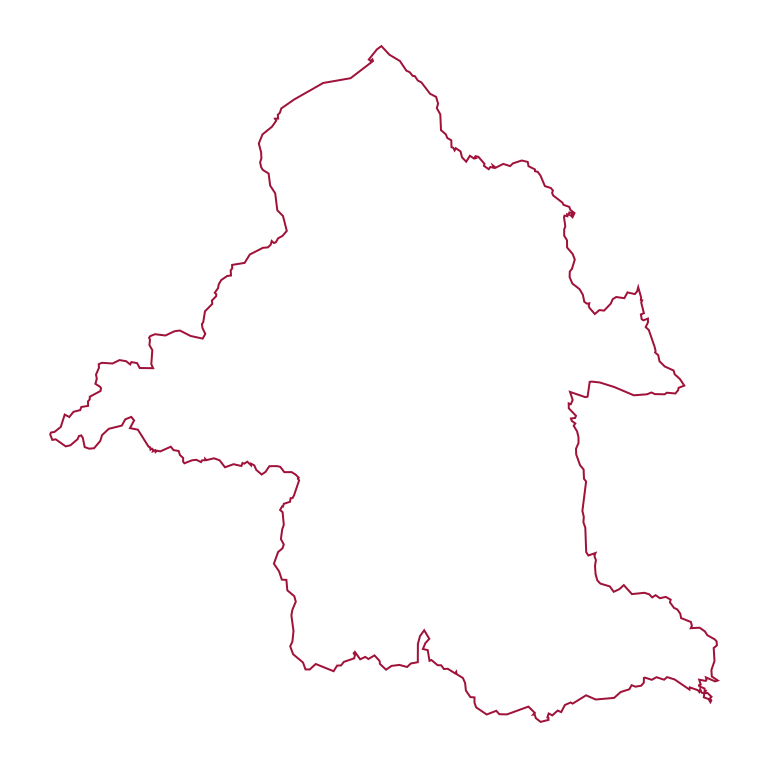 the district of Targu Lapus, Maramures, Romania
{"feature_id": "2599482B38967406651067", "entity_name": "Targu Lapus", "entity_type": "district", "adm_level": 2, "iso_a3": "ROU", "parent_name": "Romania", "parent_adm1": "Maramures", "projection": "albers", "projection_center": [23.875, 47.456], "detail": "fine", "context": "isolated", "style": "outline", "palette": "rose", "viewbox_px": 768, "rotation_deg": 0, "n_neighbors": 0, "source": "geoboundaries", "source_scale": "gbopen_adm2", "svg_char_len": 6079}
<svg xmlns="http://www.w3.org/2000/svg" viewBox="0 0 768 768"><path d="M711.8,676.5L711.4,670.0L714.5,661.0L713.7,648.0L716.9,645.4L716.6,641.4L714.8,639.4L707.3,635.2L704.9,631.4L699.6,627.7L690.8,628.2L691.9,625.7L690.9,622.0L681.1,618.1L680.3,613.8L677.3,609.4L674.0,607.9L669.9,602.3L670.7,599.7L665.8,596.9L659.9,598.2L655.6,595.2L652.2,597.4L649.2,594.3L644.4,592.8L631.9,594.1L623.8,585.1L619.3,589.2L613.7,591.8L609.8,586.4L600.4,583.6L597.4,580.5L595.6,574.4L595.0,565.9L595.9,560.1L594.4,555.9L595.5,553.0L588.4,555.5L586.2,552.2L585.3,527.6L583.4,522.3L583.8,516.9L582.4,510.9L586.1,481.5L584.0,478.8L583.6,469.4L580.1,465.3L576.2,454.4L576.0,448.7L578.5,443.0L578.5,437.4L577.1,431.4L573.7,425.8L575.3,423.5L571.8,420.9L570.9,418.5L575.1,418.0L576.0,415.8L568.8,408.3L568.7,403.4L570.8,404.2L572.7,400.0L570.0,391.9L585.5,397.2L587.6,396.6L589.7,381.9L591.7,381.6L599.9,382.5L614.2,387.0L633.8,395.3L646.9,394.3L651.5,392.5L654.9,394.1L664.7,394.3L666.9,392.7L675.3,393.5L678.0,390.4L678.7,387.8L684.3,385.6L679.9,379.0L674.7,374.3L673.6,370.5L664.8,366.5L659.5,361.3L658.2,355.1L655.1,352.5L655.6,350.9L654.5,346.5L648.8,330.0L645.7,327.1L648.0,322.3L647.9,318.6L643.5,320.3L641.7,319.2L640.9,314.4L643.9,313.2L641.2,302.5L642.2,300.4L640.9,300.1L641.2,297.6L638.2,287.2L637.1,291.4L634.8,294.1L627.5,292.4L624.3,298.2L616.2,297.0L612.7,299.2L610.8,303.6L604.1,310.6L599.4,310.1L594.8,314.0L589.4,307.8L588.7,305.9L589.3,303.3L587.0,303.7L584.3,301.8L582.9,294.9L579.6,289.2L572.3,283.5L569.6,277.0L569.8,271.6L572.0,268.7L574.8,259.5L572.7,254.1L567.1,247.5L567.0,240.3L564.2,235.7L564.2,229.3L565.3,226.4L564.0,217.2L564.5,215.6L567.3,216.2L567.1,214.3L568.7,214.8L569.3,212.5L572.8,213.3L570.7,215.4L572.5,217.2L574.5,213.1L570.4,209.9L569.3,206.9L563.5,204.8L562.4,202.6L553.2,195.5L552.1,193.0L552.9,190.5L550.8,188.0L544.9,186.1L540.5,175.6L537.7,171.8L535.0,171.2L534.9,169.4L528.5,166.2L527.7,161.9L521.7,160.5L512.9,163.4L510.1,166.1L503.3,163.9L495.7,167.7L492.9,165.5L493.8,167.8L490.3,167.0L488.7,169.2L483.9,165.8L484.5,163.9L478.4,156.8L475.5,156.2L474.9,157.2L475.9,158.1L474.1,158.6L469.9,155.8L466.2,161.7L462.0,157.3L460.5,151.4L455.8,148.2L454.6,150.4L453.3,147.8L451.5,147.2L451.3,140.3L447.3,138.0L445.9,134.4L441.0,130.2L440.3,114.4L436.8,108.1L438.1,103.7L436.1,96.9L430.1,93.8L421.4,82.4L417.8,80.5L414.8,76.1L412.7,75.9L409.7,72.2L406.3,70.6L399.9,61.0L389.5,54.8L381.4,46.1L376.9,49.4L368.8,59.5L370.7,61.0L372.4,59.4L373.0,61.0L350.6,78.2L323.1,83.0L294.3,99.4L281.3,108.4L279.9,112.7L277.8,114.9L278.1,118.6L275.0,118.7L276.2,120.7L272.0,126.7L262.5,134.4L258.8,143.5L261.1,152.3L261.4,158.3L260.1,162.4L261.2,167.3L262.9,170.0L268.6,173.5L270.2,185.6L275.2,193.3L277.3,210.3L283.0,216.0L286.8,230.9L282.5,235.9L278.1,238.3L275.9,242.2L273.8,243.0L271.7,241.0L270.7,244.7L267.8,247.4L262.9,247.8L249.8,254.5L244.6,262.9L232.1,264.9L232.2,268.4L230.7,270.3L231.0,275.5L227.1,276.0L221.2,280.1L218.7,284.4L218.1,288.1L214.8,292.7L216.3,294.3L216.1,296.3L211.9,300.5L212.3,303.9L205.0,311.3L203.2,322.3L201.9,324.1L202.5,328.1L205.3,333.9L202.7,338.6L190.7,336.0L179.8,330.5L174.4,331.3L165.4,335.5L155.0,334.2L150.3,336.1L149.1,337.7L150.0,339.9L149.4,345.0L152.3,350.1L151.3,364.2L153.1,368.2L139.7,368.0L137.1,363.1L131.4,362.1L130.1,364.4L126.1,361.2L119.5,360.1L112.5,363.5L101.8,362.8L98.7,364.2L99.0,367.7L96.0,374.6L96.8,378.7L95.4,383.8L100.1,386.8L101.0,388.3L100.5,391.0L89.8,396.7L89.7,399.4L88.0,401.4L88.1,405.9L81.3,407.0L80.2,410.1L73.5,411.8L69.3,417.0L64.7,414.6L60.8,426.9L54.4,432.0L51.0,432.5L50.2,434.3L52.3,439.9L55.7,439.3L65.7,446.4L70.4,445.3L77.6,439.2L78.9,436.1L81.2,435.4L82.8,437.9L84.7,447.1L89.2,448.7L94.1,448.2L100.3,440.9L102.0,435.2L108.8,428.8L121.8,425.6L125.3,419.3L131.3,416.9L134.1,420.4L130.0,428.1L137.9,429.7L148.5,446.6L150.0,447.2L150.5,449.6L151.9,448.6L153.3,449.9L152.9,451.3L155.3,450.2L155.6,452.0L157.1,450.7L160.3,451.4L170.8,446.7L173.5,450.1L178.7,451.0L179.9,455.0L183.2,458.0L183.1,461.6L184.4,463.3L192.0,460.3L196.4,459.8L201.0,462.1L202.0,460.4L205.3,460.2L205.2,458.9L206.5,460.1L214.0,458.3L219.6,460.3L225.0,467.3L233.5,464.2L241.4,466.0L242.5,463.0L244.2,463.7L247.3,461.7L251.0,465.3L251.1,463.7L254.3,465.4L256.2,469.8L261.6,474.5L265.3,472.1L269.4,466.2L277.2,466.1L280.3,466.9L284.3,472.1L291.6,472.1L295.5,474.5L298.7,477.7L297.9,478.8L299.1,480.4L294.0,495.4L292.5,498.1L290.6,498.2L290.0,501.8L283.8,503.8L283.0,506.6L282.1,506.4L280.1,510.0L282.6,512.2L283.8,524.9L282.2,529.4L280.9,539.1L283.8,544.4L282.5,548.3L278.1,552.0L273.9,563.7L279.1,571.4L281.8,579.6L286.4,579.9L287.3,590.3L294.3,596.2L295.8,601.7L292.4,609.7L291.4,615.4L293.5,631.0L292.4,641.6L290.2,646.3L293.1,654.2L303.0,662.5L305.5,669.4L309.7,669.5L315.7,664.0L333.6,671.2L337.1,665.6L341.1,665.4L343.8,661.9L354.2,658.3L354.9,655.2L353.7,653.2L354.9,651.9L360.2,659.3L365.3,656.9L368.4,659.0L374.5,655.4L379.6,661.0L379.9,663.9L386.1,669.7L391.5,665.9L399.4,664.9L407.1,667.0L410.8,663.5L417.8,662.2L417.9,644.0L420.0,636.1L424.2,630.3L429.3,638.8L425.4,643.1L422.9,649.0L427.7,650.1L429.5,660.8L431.4,660.0L437.6,665.2L441.2,665.3L443.9,669.0L447.8,668.8L455.1,673.4L456.2,671.8L456.6,674.1L462.9,678.0L465.1,683.0L465.9,690.6L470.4,697.1L474.5,697.4L474.5,702.8L476.2,707.4L486.7,714.5L496.3,710.8L499.3,714.2L507.0,714.4L528.4,706.6L534.8,712.9L533.2,714.6L534.7,714.5L535.8,718.1L540.6,721.9L548.5,719.9L548.4,717.8L547.4,717.4L548.7,713.5L552.3,715.4L557.6,710.6L561.2,712.1L564.9,705.0L570.6,702.5L572.7,703.6L586.1,695.3L595.7,699.5L614.1,697.9L620.7,692.0L629.3,689.3L631.6,685.2L635.5,686.7L641.2,685.7L643.8,682.7L643.9,678.0L644.9,677.6L651.8,679.8L656.5,677.2L664.1,679.7L667.1,677.1L674.7,679.5L689.5,689.6L689.8,687.4L697.7,690.1L699.3,692.0L700.2,689.3L701.7,692.7L704.3,693.3L703.8,697.3L708.6,699.1L710.4,702.2L711.3,700.5L709.9,698.4L711.5,696.8L707.5,693.0L704.8,693.2L705.7,691.0L704.6,691.3L704.6,688.5L699.3,686.3L699.0,685.2L700.7,684.5L699.2,679.7L705.7,680.9L706.5,679.8L705.9,677.4L715.1,681.4L717.8,680.5L711.8,676.5Z" fill="none" stroke="#9f1239" stroke-width="2"/></svg>